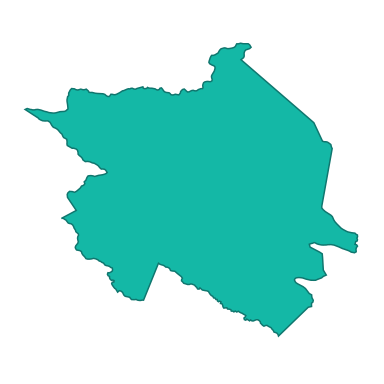 Cametá, Pará, Brazil (Mercator projection), rotated 88°
{"feature_id": "56859067B42741261340740", "entity_name": "Cametá", "entity_type": "district", "adm_level": 2, "iso_a3": "BRA", "parent_name": "Brazil", "parent_adm1": "Pará", "projection": "mercator", "projection_center": [-49.501, -2.281], "detail": "fine", "context": "isolated", "style": "filled", "palette": "teal", "viewbox_px": 384, "rotation_deg": 88, "n_neighbors": 0, "source": "geoboundaries", "source_scale": "gbopen_adm2", "svg_char_len": 5939}
<svg xmlns="http://www.w3.org/2000/svg" viewBox="0 0 384 384"><g transform="rotate(88 192 192)"><path d="M279.7,60.7L274.6,63.5L261.9,63.8L258.3,64.0L256.5,66.6L251.2,75.9L248.3,76.6L247.8,75.1L247.4,73.1L246.8,71.8L247.2,70.5L248.0,69.3L248.7,67.5L249.4,64.7L249.6,62.9L249.6,59.7L249.4,58.2L249.4,54.9L250.0,51.9L252.1,46.9L253.8,43.6L254.4,41.9L256.0,37.8L256.8,36.2L257.6,35.1L258.4,31.7L257.5,30.0L254.7,30.1L253.1,29.5L251.9,28.5L250.5,29.3L250.0,30.9L247.2,30.1L246.7,28.6L245.3,28.3L243.9,28.8L242.5,28.1L240.7,28.2L240.0,29.5L238.8,30.6L238.3,33.8L237.3,37.7L236.5,39.3L234.5,42.7L233.3,44.3L229.0,48.3L226.7,50.2L225.0,51.2L221.5,52.6L220.1,53.9L216.2,59.5L214.3,61.5L212.6,62.8L210.8,62.8L153.5,50.4L151.8,51.1L149.4,51.6L148.2,53.0L146.9,54.8L146.5,56.2L146.4,58.0L145.8,59.8L127.0,67.8L61.5,138.4L59.5,135.7L58.0,135.1L55.0,135.1L53.1,134.4L51.9,133.3L50.7,129.4L49.4,127.9L46.9,129.3L45.8,130.7L45.6,135.7L45.0,138.2L45.5,140.4L45.5,142.2L47.7,143.4L48.8,144.5L49.5,146.6L50.0,150.2L49.9,151.9L49.3,153.3L49.1,154.8L49.9,158.0L50.9,159.1L52.1,160.0L54.0,161.1L55.8,164.4L56.2,165.9L56.1,167.6L57.2,168.4L58.5,169.1L61.5,170.2L63.0,170.6L64.4,169.9L66.0,167.3L66.5,165.9L67.6,164.8L69.0,164.6L71.9,165.5L75.6,167.9L76.9,168.5L78.6,168.4L80.0,167.9L81.5,168.1L82.3,169.4L82.3,170.8L82.0,172.3L82.1,173.8L82.4,175.3L83.2,176.6L84.8,177.3L86.3,177.6L87.7,177.3L89.0,177.8L89.0,179.4L89.4,180.7L89.9,182.2L90.7,183.2L91.1,184.5L90.9,186.0L90.4,187.3L90.6,188.7L91.1,190.0L91.8,191.4L91.9,192.9L90.9,194.1L89.8,195.1L88.8,196.2L89.2,197.8L90.1,198.9L91.3,199.9L92.7,200.2L94.5,201.8L93.7,205.3L94.4,207.5L94.1,209.5L92.9,210.4L92.0,211.5L91.8,213.0L91.5,214.6L90.8,216.1L89.5,217.1L88.3,217.8L86.9,218.9L87.1,220.3L88.4,221.2L88.9,222.6L88.5,224.0L87.6,225.3L86.9,228.4L86.8,230.0L86.6,231.6L85.9,232.8L86.9,233.7L87.1,235.6L86.6,237.0L85.2,237.4L86.6,243.4L87.3,244.9L87.0,246.5L86.3,247.8L86.2,249.3L86.8,250.6L86.6,252.0L87.0,253.4L88.3,256.7L88.5,258.0L90.2,260.8L91.6,263.8L92.0,265.1L92.1,266.4L91.6,268.2L91.5,269.7L92.8,270.5L93.7,271.5L93.5,273.1L92.6,274.5L91.4,275.7L90.7,277.6L90.2,283.2L89.9,285.3L89.0,288.4L89.0,290.0L88.8,291.4L87.5,292.0L85.5,294.1L86.1,296.3L85.8,298.1L85.3,299.5L86.1,302.5L85.7,304.4L84.8,305.9L84.4,308.7L85.8,310.1L88.8,311.8L91.3,311.9L92.4,313.0L95.5,313.7L97.2,313.7L100.4,313.3L104.6,313.0L106.6,315.4L107.0,316.7L107.1,321.0L108.2,325.7L108.3,327.6L107.9,330.5L107.6,332.3L107.0,333.8L106.1,337.0L104.9,340.0L104.1,343.1L104.1,345.0L104.4,346.4L104.4,348.3L104.0,349.5L103.8,350.9L103.3,352.3L102.8,353.8L103.7,355.9L109.2,348.1L112.7,343.1L113.8,342.3L114.8,340.6L115.6,338.8L115.9,336.4L115.9,333.6L117.4,331.4L120.2,330.0L122.0,328.8L122.8,327.7L123.3,326.4L124.2,325.0L125.1,323.9L128.3,321.4L129.7,319.9L131.4,319.3L133.1,318.4L133.9,316.9L135.0,315.3L137.7,315.1L139.7,315.3L141.2,315.0L144.1,310.3L144.1,308.7L145.0,306.3L146.2,305.0L148.4,304.5L150.3,304.5L151.7,303.3L152.9,301.8L154.6,300.4L156.1,299.9L157.9,297.6L157.8,295.1L158.3,292.8L159.4,290.7L159.9,288.6L161.8,285.6L162.7,284.6L164.4,283.4L165.9,281.9L165.9,280.2L166.3,278.5L167.3,277.4L169.6,276.1L170.6,277.3L171.2,278.9L171.7,281.2L172.1,284.9L173.1,288.7L172.5,290.2L172.1,292.2L172.1,293.6L172.3,295.3L173.7,296.4L176.6,297.7L178.1,299.4L180.0,298.8L181.5,300.1L182.2,302.2L184.1,303.5L185.1,304.7L187.3,307.5L188.2,309.4L187.4,311.6L187.1,314.4L188.6,316.1L190.1,316.8L193.1,316.6L206.4,308.3L213.8,323.4L213.8,321.6L214.8,320.4L215.6,319.0L218.7,316.8L219.2,315.5L219.6,313.7L220.9,312.3L222.5,311.5L224.1,311.0L225.8,309.9L227.7,309.4L229.8,307.1L231.2,306.9L232.7,307.7L234.1,308.0L235.8,307.8L237.6,307.4L239.2,307.9L241.7,310.0L243.1,310.6L244.5,310.3L245.9,309.4L246.7,306.0L247.7,304.6L249.1,304.3L250.8,303.5L253.3,301.3L254.9,300.3L255.4,298.7L255.5,296.8L255.4,295.1L254.9,292.6L255.5,290.4L256.5,288.4L257.7,287.2L258.2,285.7L259.2,284.5L260.0,282.8L261.8,281.7L262.5,280.4L262.8,279.0L263.4,277.2L264.6,275.8L265.2,274.3L266.8,274.1L268.2,274.4L269.2,275.9L269.9,277.5L269.7,278.8L271.2,279.4L272.7,278.8L273.5,277.4L274.9,277.4L276.3,276.8L277.4,275.7L277.3,274.3L277.8,273.0L279.3,273.3L279.3,274.8L280.7,275.5L281.9,275.1L283.7,274.0L285.5,272.7L286.3,271.6L289.5,269.8L288.1,268.1L288.5,266.6L289.3,265.5L290.5,264.6L291.8,264.1L292.9,263.5L293.9,262.4L294.6,259.5L295.1,257.9L296.4,257.1L297.4,256.1L297.6,253.2L297.4,251.6L298.1,250.4L298.5,248.7L298.6,247.0L298.3,245.6L298.4,244.2L262.0,228.0L263.1,226.6L263.8,224.7L264.2,223.3L265.0,222.0L266.1,220.9L266.3,219.3L266.9,217.9L268.1,216.8L269.7,216.2L270.2,214.7L270.6,211.9L272.9,209.5L276.1,205.7L277.8,204.6L279.1,205.4L280.4,205.6L281.5,204.5L282.9,203.5L284.3,199.5L284.3,197.8L283.8,196.4L284.1,195.1L285.2,192.6L286.4,191.8L287.5,190.6L289.1,189.8L289.3,188.3L288.1,187.4L290.3,185.1L291.0,182.3L291.3,180.6L292.0,179.0L293.4,178.3L294.9,177.4L296.2,176.3L296.9,174.9L298.6,174.1L298.8,172.7L300.2,171.9L300.3,170.6L301.7,170.4L302.6,169.4L302.1,168.1L302.8,166.9L304.4,167.4L304.7,166.0L306.2,165.3L307.9,165.0L309.1,164.3L308.9,161.2L310.2,160.6L310.4,158.9L310.9,157.3L312.4,156.9L312.5,155.4L313.3,154.3L312.5,152.9L313.5,151.5L312.8,149.8L313.8,148.5L314.5,147.3L315.0,146.0L315.9,144.9L316.5,143.7L317.4,142.5L318.9,143.3L319.8,144.5L321.4,144.1L322.0,142.7L320.9,141.7L322.8,138.9L321.9,137.9L322.9,136.6L323.0,135.1L321.9,132.3L322.0,130.6L322.9,129.3L324.0,128.3L325.3,128.2L327.7,126.1L328.6,124.8L328.0,123.2L327.9,121.7L328.8,120.5L330.4,117.7L331.9,116.8L333.2,115.6L334.9,114.9L335.3,113.6L335.9,112.2L337.4,111.0L339.0,110.6L311.2,79.8L310.6,76.5L308.7,76.5L307.3,76.4L306.2,75.0L304.4,74.6L302.1,75.7L300.4,76.0L299.0,76.0L297.5,78.4L292.4,82.0L290.5,84.3L287.5,89.5L286.4,91.1L285.2,92.0L283.4,92.7L282.1,92.0L281.4,90.7L281.2,88.2L281.5,85.8L281.8,84.3L283.0,81.2L284.3,76.4L284.5,73.2L284.5,71.5L283.9,70.1L282.3,65.4L281.4,64.4L280.7,63.2L279.7,60.7Z" fill="#14b8a6" stroke="#0f766e" stroke-width="1.5"/></g></svg>